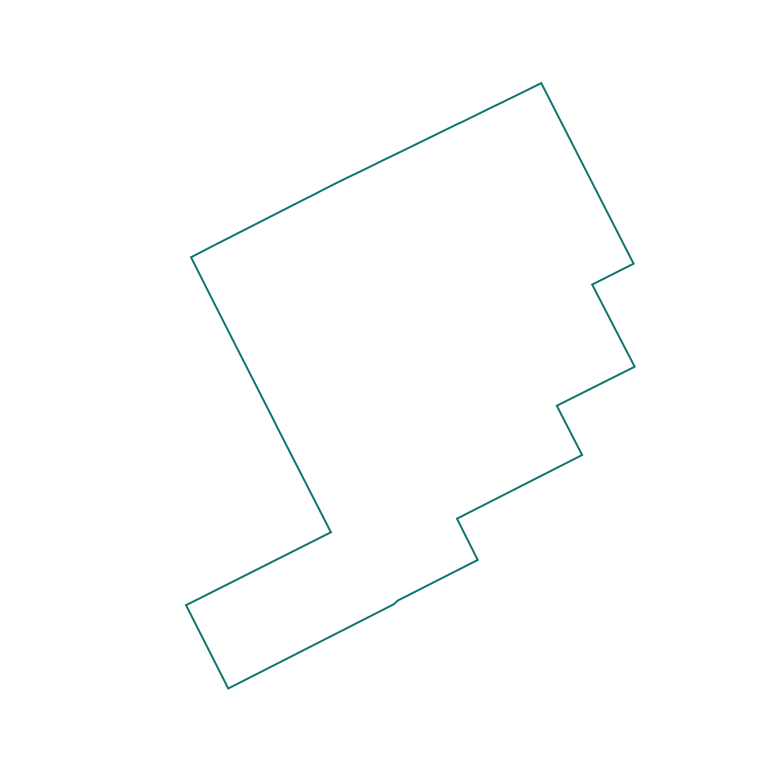 Roosevelt, New Mexico, United States of America, rotated 243°
{"feature_id": "52423323B49332182234099", "entity_name": "Roosevelt", "entity_type": "district", "adm_level": 2, "iso_a3": "USA", "parent_name": "United States of America", "parent_adm1": "New Mexico", "projection": "mercator", "projection_center": [-103.277, 34.088], "detail": "fine", "context": "isolated", "style": "outline", "palette": "teal", "viewbox_px": 768, "rotation_deg": 243, "n_neighbors": 0, "source": "geoboundaries", "source_scale": "gbopen_adm2", "svg_char_len": 766}
<svg xmlns="http://www.w3.org/2000/svg" viewBox="0 0 768 768"><g transform="rotate(243 384 384)"><path d="M184.7,387.6L215.9,387.8L230.9,387.9L230.8,528.3L286.2,528.1L285.6,615.2L378.1,614.6L377.9,661.0L580.7,660.7L581.1,629.4L581.3,622.7L581.2,618.2L581.4,614.1L581.6,606.5L581.8,590.8L582.0,571.7L582.3,567.2L583.0,525.4L583.2,511.7L583.8,484.3L583.8,481.8L584.1,460.8L584.5,445.3L584.7,429.8L584.7,425.7L584.7,422.1L584.7,414.2L584.6,411.8L584.6,409.5L584.6,409.1L584.6,408.4L584.6,405.0L584.7,398.0L584.7,389.2L584.7,384.7L584.7,371.3L584.7,294.1L584.6,276.7L584.5,269.6L540.4,269.4L492.3,269.3L462.3,269.3L400.2,269.3L394.5,269.2L276.0,269.4L276.8,107.2L183.4,107.0L183.3,292.7L184.8,297.8L184.7,387.6Z" fill="none" stroke="#0f766e" stroke-width="2"/></g></svg>